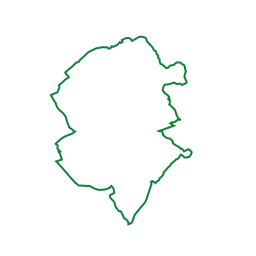 outline of Acatlán, Veracruz, Mexico, rotated 332°
{"feature_id": "50627088B71812664206882", "entity_name": "Acatlán", "entity_type": "district", "adm_level": 2, "iso_a3": "MEX", "parent_name": "Mexico", "parent_adm1": "Veracruz", "projection": "albers", "projection_center": [-96.837, 19.689], "detail": "fine", "context": "isolated", "style": "outline", "palette": "green", "viewbox_px": 256, "rotation_deg": 332, "n_neighbors": 0, "source": "geoboundaries", "source_scale": "gbopen_adm2", "svg_char_len": 4929}
<svg xmlns="http://www.w3.org/2000/svg" viewBox="0 0 256 256"><g transform="rotate(332 128 128)"><path d="M205.0,94.9L203.1,93.6L201.8,93.0L199.9,93.2L198.1,93.8L195.1,92.8L192.7,93.2L191.2,93.6L189.8,93.0L189.0,90.5L188.0,87.9L186.8,86.8L187.0,84.5L188.1,82.1L187.6,80.0L188.4,79.0L188.4,77.7L188.1,76.5L188.6,73.2L188.4,73.0L187.5,71.5L187.5,70.9L187.5,69.0L187.4,68.0L187.2,66.9L186.1,62.9L185.5,60.6L185.7,58.9L186.0,57.4L184.7,55.3L182.4,53.4L180.3,52.7L177.3,52.9L176.7,52.9L175.3,53.0L175.1,53.0L173.4,53.0L172.5,53.0L172.0,50.3L170.6,48.6L168.2,47.7L163.8,47.5L163.7,48.6L163.7,49.3L163.3,49.3L161.6,49.5L161.1,48.4L160.9,48.5L158.2,49.4L156.5,49.6L156.4,49.5L153.3,49.4L152.6,48.9L152.1,48.2L151.7,48.1L151.6,48.3L151.2,48.8L149.9,49.2L148.6,49.1L147.9,48.1L147.4,46.8L145.7,46.2L144.5,45.1L144.2,45.0L140.7,43.8L138.6,43.1L137.1,42.8L136.9,42.7L133.0,42.6L129.7,42.5L129.0,42.5L128.1,42.6L125.8,43.2L125.0,43.4L123.0,44.0L121.0,44.5L120.8,44.6L120.4,44.7L117.0,45.5L116.2,46.3L115.2,46.5L113.6,46.1L112.5,46.1L110.7,46.5L108.9,47.2L107.3,47.6L103.9,48.3L98.7,49.4L98.6,49.8L98.6,50.6L98.8,51.7L99.2,53.2L99.6,55.5L96.7,55.7L95.4,55.7L91.2,57.0L87.2,57.7L86.3,60.2L83.7,62.3L82.3,63.3L77.9,62.9L75.6,62.7L75.4,62.7L75.4,66.2L75.4,66.7L75.6,69.2L75.6,69.6L75.8,71.7L75.8,72.0L75.5,73.9L75.3,74.8L75.3,76.3L75.3,77.8L75.8,79.4L76.4,81.4L76.6,81.8L76.7,82.1L77.7,84.5L78.0,87.2L78.2,89.2L78.2,89.6L77.6,92.0L77.1,94.7L76.8,96.1L76.8,96.3L76.7,96.7L76.7,97.4L76.8,97.8L76.8,98.7L76.3,99.8L79.5,106.3L77.3,106.6L75.9,106.8L75.0,106.6L74.8,106.6L73.7,106.5L72.8,106.4L70.2,106.0L69.7,106.0L69.0,105.9L68.2,105.9L66.5,106.0L65.1,106.1L63.4,106.3L63.2,106.3L61.5,106.7L61.4,106.7L60.8,106.9L59.5,107.2L59.2,107.3L58.9,107.3L56.7,108.0L56.9,108.9L57.6,110.0L57.0,111.9L56.3,112.4L55.9,113.4L57.2,117.0L56.6,117.1L56.2,116.9L55.5,116.7L55.8,117.6L56.0,118.0L55.8,119.3L54.8,124.8L48.9,123.8L49.3,125.1L50.9,131.2L51.2,132.3L51.7,134.7L52.0,136.0L52.4,137.4L52.5,138.1L53.6,142.9L53.7,143.3L54.2,145.5L54.4,146.2L54.6,147.1L54.9,148.3L55.1,149.0L55.3,149.8L55.7,151.6L56.0,152.2L57.6,155.7L58.0,155.9L59.4,156.8L60.2,157.2L62.0,158.3L62.8,158.8L67.1,161.4L69.0,164.5L70.5,166.3L71.1,166.9L72.9,168.8L73.0,168.9L76.5,170.5L79.2,171.6L83.3,172.2L84.0,172.0L85.2,171.6L86.1,171.4L86.6,173.5L86.8,174.6L86.2,176.4L85.3,178.9L80.6,178.8L79.7,180.0L79.9,182.6L80.7,185.0L81.1,187.8L80.4,189.6L80.1,192.4L80.6,195.5L80.9,197.2L81.3,197.4L82.6,198.3L82.3,206.4L83.4,207.2L83.8,209.7L84.1,211.3L83.1,213.2L86.1,213.5L87.0,213.2L87.7,212.9L87.8,212.8L90.9,209.8L93.0,208.1L93.8,207.5L98.5,205.6L99.7,205.1L101.1,204.5L102.7,203.8L106.6,202.3L106.8,202.2L108.9,201.2L112.1,198.4L112.7,197.8L114.1,196.5L115.5,195.1L119.0,191.9L119.4,191.5L122.3,188.6L123.1,187.0L123.1,186.2L124.6,186.3L125.5,187.9L126.0,188.7L126.5,189.6L128.4,188.8L130.3,188.7L131.9,188.0L132.6,187.0L134.2,186.9L136.0,186.3L137.3,185.5L139.2,183.7L139.7,183.6L142.5,182.5L144.9,181.6L147.3,181.1L148.7,180.2L150.1,179.7L151.5,179.5L155.5,178.4L156.1,178.2L156.9,178.7L159.3,178.0L160.5,177.0L162.4,176.4L163.1,177.9L163.4,178.6L164.1,180.6L165.3,181.3L166.4,181.6L166.7,181.7L168.5,182.2L170.9,181.2L172.9,179.2L172.5,177.9L172.4,177.3L172.3,176.7L172.2,176.5L171.8,175.7L171.6,175.5L171.3,175.2L170.9,175.1L170.7,175.0L170.4,175.0L170.1,175.0L169.9,175.0L169.5,175.1L169.3,175.1L169.0,175.0L166.5,174.9L166.2,173.0L165.9,172.0L165.7,171.3L164.7,171.1L164.1,168.6L163.0,167.2L162.8,166.9L162.4,166.2L161.7,165.1L160.8,163.2L160.5,162.5L161.1,161.1L161.0,160.7L160.9,159.8L161.0,159.3L160.7,158.6L160.4,158.2L160.3,157.8L160.3,157.5L160.1,157.0L159.7,156.8L158.9,156.1L158.1,155.5L158.0,155.4L157.8,155.1L157.3,154.6L156.6,153.2L156.3,152.1L156.1,151.3L155.6,150.9L155.9,149.7L156.2,148.7L156.8,146.5L156.3,146.6L156.0,146.4L155.5,146.4L155.0,145.8L154.8,145.5L154.3,145.7L154.0,145.6L153.7,145.2L169.5,147.5L169.0,146.9L168.4,146.2L168.4,145.7L168.8,145.1L167.8,144.1L167.5,143.7L167.9,143.6L169.7,143.7L170.8,144.3L171.9,144.4L172.6,144.7L172.9,144.5L173.7,144.4L173.8,144.6L174.8,144.3L176.2,143.9L176.6,143.7L177.2,144.9L177.8,145.2L178.0,145.1L177.7,144.3L177.2,143.5L176.9,142.7L177.0,141.7L176.9,139.9L177.2,138.0L177.7,135.8L177.7,135.0L177.8,134.1L177.8,133.7L177.7,133.2L177.4,132.0L177.4,131.9L176.9,130.5L176.3,128.9L175.5,126.5L175.8,126.3L176.7,125.5L177.8,123.5L178.2,122.2L177.1,122.0L177.3,121.0L178.4,120.8L178.9,119.5L178.6,118.4L178.4,117.8L178.3,117.5L177.2,115.2L176.6,113.8L176.5,110.9L177.5,109.3L179.3,107.9L180.7,106.9L182.0,107.5L182.3,107.6L183.0,108.0L184.6,108.5L187.4,109.1L187.9,109.2L189.6,109.3L190.9,110.6L191.1,111.3L192.0,112.2L193.3,112.7L194.4,113.1L195.2,113.9L195.8,114.6L196.0,115.5L196.9,115.5L199.9,115.7L201.5,115.1L201.5,112.5L201.6,110.6L202.1,108.7L202.9,108.0L204.1,106.7L205.8,104.9L206.1,102.5L206.2,102.3L206.9,100.7L207.1,99.0L206.5,98.1L205.9,97.3L205.0,94.9Z" fill="none" stroke="#15803d" stroke-width="2"/></g></svg>